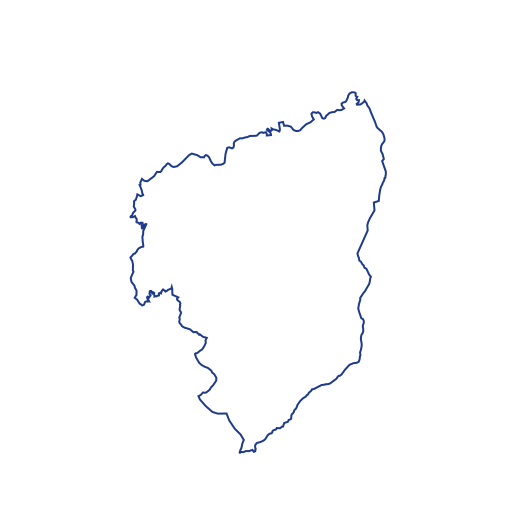 Dalboset, Caras-Severin, Romania, rotated 22°
{"feature_id": "2599482B18493175131384", "entity_name": "Dalboset", "entity_type": "district", "adm_level": 2, "iso_a3": "ROU", "parent_name": "Romania", "parent_adm1": "Caras-Severin", "projection": "albers", "projection_center": [21.932, 44.818], "detail": "fine", "context": "isolated", "style": "outline", "palette": "blue", "viewbox_px": 512, "rotation_deg": 22, "n_neighbors": 0, "source": "geoboundaries", "source_scale": "gbopen_adm2", "svg_char_len": 6106}
<svg xmlns="http://www.w3.org/2000/svg" viewBox="0 0 512 512"><g transform="rotate(22 256 256)"><path d="M236.5,368.8L236.1,369.7L238.5,372.6L243.4,376.4L246.3,377.4L250.0,377.9L253.1,377.8L255.5,378.4L257.6,379.1L259.0,380.5L261.3,381.1L264.8,383.7L265.8,386.5L264.6,392.1L263.5,394.7L263.1,397.5L260.9,401.3L259.3,402.1L258.1,402.3L256.7,405.7L255.2,407.5L257.7,410.0L265.4,413.9L273.9,416.9L279.5,416.5L287.7,413.1L292.9,418.6L301.2,424.2L308.6,427.3L313.6,431.1L313.6,435.1L314.4,439.6L314.2,441.9L314.5,444.4L314.8,444.5L315.9,443.2L317.8,442.5L319.6,440.8L321.0,440.1L322.5,439.6L325.3,437.1L327.4,438.4L328.4,437.3L327.9,436.0L328.1,435.1L327.3,434.4L326.5,432.8L326.1,431.3L326.9,428.9L329.2,427.3L331.5,425.1L332.6,423.6L333.3,422.0L334.0,417.7L335.3,415.5L336.7,414.7L337.2,413.7L336.9,412.5L337.2,411.5L338.1,410.3L339.0,409.9L339.7,408.9L339.7,407.7L342.8,406.7L344.0,404.5L345.0,404.0L344.7,400.3L347.7,397.7L347.7,395.8L349.4,394.3L349.5,393.5L348.5,390.6L348.5,389.4L349.2,388.1L349.5,386.2L349.3,384.7L349.8,383.3L350.1,383.0L350.4,381.2L350.2,378.8L350.7,376.4L351.4,373.6L352.9,370.3L355.0,367.4L355.1,366.1L356.0,365.2L356.2,363.1L357.8,360.0L357.8,358.7L359.6,357.5L365.1,351.1L368.3,349.3L368.4,348.9L370.3,348.1L372.3,346.6L376.6,339.6L376.9,337.8L377.5,336.2L378.5,335.8L379.7,333.8L381.1,328.1L383.5,321.8L386.6,318.8L389.4,317.3L390.8,315.7L390.8,313.3L390.2,310.7L389.9,310.2L390.0,308.9L388.6,306.4L388.4,303.6L387.8,300.4L387.0,298.0L384.6,294.2L383.8,292.2L383.3,289.6L383.8,287.3L383.6,285.6L382.6,283.2L381.4,281.4L381.0,279.5L381.1,278.5L380.7,276.8L380.0,275.5L378.8,274.4L377.0,274.3L372.9,269.6L370.5,266.5L369.5,262.0L369.1,257.5L368.3,255.9L369.5,250.0L370.4,247.4L370.3,247.1L371.4,239.7L371.1,237.1L370.3,233.9L370.3,232.2L367.9,230.9L363.4,226.7L362.4,226.3L361.4,226.4L360.7,226.0L359.4,224.4L358.0,224.0L355.4,222.0L353.5,221.5L352.0,219.1L350.9,218.1L349.1,215.7L350.0,190.5L347.7,185.8L347.3,182.8L347.5,178.1L348.8,169.3L345.2,162.3L349.2,159.0L347.5,153.3L346.2,147.6L346.0,144.8L346.3,142.1L346.1,141.5L346.5,138.0L346.0,135.5L346.5,135.2L346.5,134.4L346.0,133.4L346.0,132.6L345.5,130.8L344.6,128.9L337.4,120.7L338.2,118.2L334.9,113.7L334.2,113.3L332.3,111.5L331.3,108.8L330.9,106.6L331.0,104.9L331.5,103.5L332.0,101.2L331.4,99.4L330.1,97.4L328.3,95.2L326.2,93.7L320.3,91.6L319.4,90.9L316.3,87.3L308.5,79.5L306.8,77.5L305.2,76.1L302.9,74.8L301.5,73.1L298.4,71.2L298.5,72.2L297.0,75.1L296.0,76.4L293.0,77.9L292.4,77.3L293.5,75.0L293.4,74.1L293.0,72.9L291.4,73.6L290.6,73.3L290.0,72.7L290.3,70.5L288.8,70.4L288.2,69.9L287.6,68.0L287.2,67.5L285.7,67.5L283.6,68.2L281.9,70.2L281.4,72.9L281.8,74.7L281.6,78.9L280.7,80.0L279.1,81.2L278.3,82.6L279.0,84.2L282.4,86.2L280.4,88.7L278.5,89.7L276.6,90.1L274.9,93.0L272.3,94.4L270.5,95.9L268.5,100.0L268.5,102.1L267.4,103.3L265.8,103.3L262.2,100.0L259.6,99.4L258.4,100.8L256.8,100.8L255.0,101.3L254.1,103.2L255.3,105.1L256.2,106.0L258.4,107.7L256.5,111.5L253.2,115.0L250.9,119.8L249.8,122.9L248.2,124.4L246.3,125.1L243.6,125.1L239.8,123.0L236.3,123.4L233.2,124.7L230.9,121.6L227.3,123.9L230.7,129.6L231.1,131.4L230.9,131.9L229.2,131.6L226.6,131.7L224.3,132.2L222.7,131.9L223.5,133.5L223.0,134.4L222.3,134.7L219.5,133.6L219.0,133.7L218.8,135.0L222.4,135.9L223.9,137.0L224.6,138.3L220.9,140.2L220.4,138.9L218.8,137.5L216.7,139.1L215.2,139.0L213.1,140.5L211.9,143.8L210.8,144.6L205.2,147.1L203.6,148.9L201.3,150.3L199.5,151.9L197.0,152.9L194.3,156.3L193.2,158.1L193.3,160.1L194.2,161.9L194.4,163.9L193.5,165.2L190.3,165.3L188.8,166.5L189.5,172.7L191.9,181.2L191.2,182.7L189.2,184.5L185.0,186.4L183.6,187.5L181.0,186.6L179.1,185.4L175.3,181.9L173.0,181.1L171.7,181.2L170.9,182.7L170.8,184.0L167.6,185.2L163.8,184.5L158.1,185.1L156.2,187.5L152.3,196.9L149.3,202.3L146.4,204.3L144.2,204.4L140.8,203.1L139.6,203.1L138.8,204.5L138.2,206.7L137.2,208.3L136.6,210.8L136.4,212.7L135.9,213.9L132.6,215.2L131.6,220.2L127.3,227.4L125.1,228.0L123.7,228.0L121.4,227.2L121.2,231.2L122.0,232.7L122.3,233.9L121.8,234.0L125.6,238.1L127.2,240.6L128.4,241.5L128.6,241.8L126.7,243.7L122.9,243.3L123.2,244.7L123.5,248.6L123.3,249.3L122.5,250.5L122.6,251.6L123.2,252.5L124.2,256.1L126.4,257.6L126.9,258.3L127.1,259.1L125.9,261.9L125.9,264.5L124.9,266.4L125.3,267.0L127.4,266.1L128.8,264.3L130.1,265.6L131.3,266.2L132.0,267.4L132.3,269.1L132.6,269.5L134.6,269.2L135.9,269.9L136.5,268.4L138.3,267.7L138.7,268.4L137.8,268.9L137.8,269.3L139.5,272.2L139.6,272.8L140.1,273.1L140.7,272.4L140.7,271.7L140.3,269.2L141.9,267.6L142.4,267.6L142.4,268.7L142.1,269.5L142.3,270.0L142.1,275.1L143.3,278.3L143.4,280.6L145.7,285.3L147.6,288.5L147.9,289.6L146.5,290.4L144.6,292.6L144.1,293.6L143.7,295.3L143.8,296.5L143.1,297.9L142.9,299.0L141.6,300.0L141.2,301.8L140.1,304.4L142.1,306.3L143.0,306.8L145.1,309.9L147.3,315.6L148.3,316.5L148.1,321.9L148.2,323.6L150.3,326.7L154.5,329.1L155.7,330.9L157.3,332.1L158.4,333.2L159.8,337.2L159.6,337.5L159.2,340.2L161.9,340.9L166.0,343.8L166.9,343.8L169.0,344.5L170.4,343.1L170.4,340.1L171.4,339.1L172.7,338.8L172.9,338.2L173.8,338.1L172.9,337.3L172.1,337.1L170.4,335.1L170.8,334.2L172.4,334.9L172.6,334.4L172.4,333.7L173.1,332.2L173.0,331.9L171.5,331.1L171.1,330.3L171.5,329.5L171.4,329.1L170.7,328.6L170.7,328.4L171.5,327.8L172.0,327.7L173.2,328.4L173.5,329.3L174.0,329.6L174.3,329.2L174.4,328.2L175.5,328.4L175.7,329.7L177.0,331.0L177.1,331.6L178.2,330.7L178.8,330.7L179.3,330.0L180.8,328.9L179.9,327.1L180.2,326.6L181.9,326.3L181.5,325.2L181.9,324.3L181.7,323.6L182.4,321.8L184.5,322.5L184.9,322.3L185.4,322.8L186.5,321.6L187.2,320.2L189.7,318.0L189.5,316.3L190.6,317.8L193.0,323.2L199.4,323.5L198.8,324.9L198.9,325.7L199.5,326.2L202.9,327.4L203.7,328.4L203.7,329.4L204.3,330.3L205.1,334.1L205.7,335.0L207.1,335.9L207.8,336.8L207.9,341.8L208.7,342.6L209.1,343.6L209.4,345.6L210.1,346.6L212.4,347.8L213.7,348.8L216.5,349.2L222.2,348.7L226.5,350.1L228.6,349.0L229.6,348.8L230.2,349.0L230.7,349.6L233.2,349.7L233.2,350.2L233.9,349.9L237.3,350.8L241.0,350.3L240.8,353.2L242.0,355.4L241.8,359.0L241.3,361.9L241.0,362.9L239.8,364.5L238.2,367.4L237.4,368.5L236.5,368.8Z" fill="none" stroke="#1e3a8a" stroke-width="2"/></g></svg>